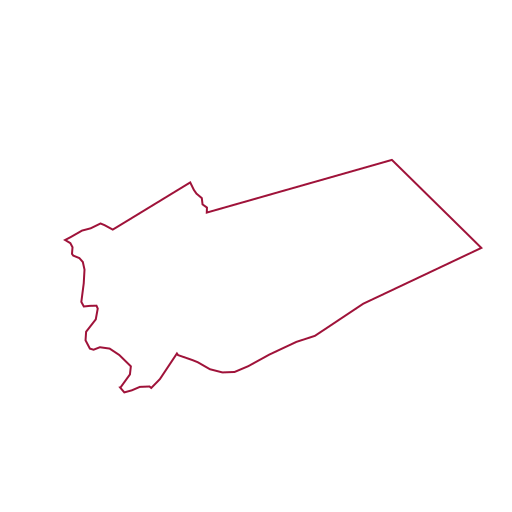 outline of Cresslands, Soufrière, Saint Lucia, rotated 55°
{"feature_id": "8701671B34835556346125", "entity_name": "Cresslands", "entity_type": "district", "adm_level": 2, "iso_a3": "LCA", "parent_name": "Saint Lucia", "parent_adm1": "Soufrière", "projection": "natural_earth1", "projection_center": [-61.042, 13.86], "detail": "fine", "context": "isolated", "style": "outline", "palette": "rose", "viewbox_px": 512, "rotation_deg": 55, "n_neighbors": 0, "source": "geoboundaries", "source_scale": "gbopen_adm2", "svg_char_len": 988}
<svg xmlns="http://www.w3.org/2000/svg" viewBox="0 0 512 512"><g transform="rotate(55 256 256)"><path d="M255.6,89.5L255.2,89.6L192.2,271.4L188.2,268.4L183.1,270.2L177.5,267.2L170.8,269.0L166.3,269.0L158.0,267.7L152.5,354.1L152.2,358.2L150.6,359.0L143.8,362.4L140.2,364.7L138.5,375.5L136.6,380.7L135.4,383.9L134.2,397.1L133.4,403.2L139.0,400.7L143.6,401.3L148.7,405.5L150.8,405.5L156.4,401.9L161.6,401.3L168.8,404.3L179.6,412.8L193.4,425.4L198.6,426.0L201.6,420.6L205.2,415.2L206.3,415.4L208.3,415.8L216.0,423.6L220.6,438.6L227.3,444.0L236.6,445.2L239.6,442.8L241.2,436.2L247.9,429.0L258.6,424.8L274.6,421.8L280.7,427.2L285.9,442.2L285.7,442.7L287.1,442.6L292.2,442.1L294.8,434.8L296.6,426.2L301.8,418.1L304.0,417.5L302.2,407.8L301.7,405.3L290.5,376.7L292.5,376.7L304.9,367.7L309.5,364.7L322.3,358.7L332.1,350.3L338.7,340.1L341.8,325.6L344.4,301.6L349.5,272.2L355.2,253.5L356.6,195.5L358.0,187.3L378.6,66.8L361.0,70.0L255.6,89.5Z" fill="none" stroke="#9f1239" stroke-width="2"/></g></svg>